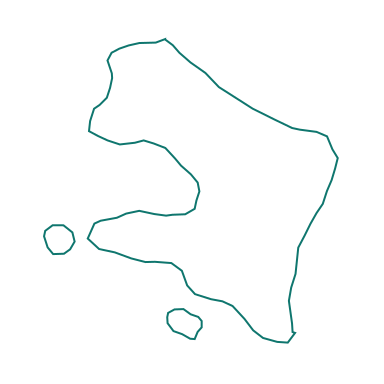 Qazakh District, Qazax, Azerbaijan, rotated 12°
{"feature_id": "54616110B43488292017990", "entity_name": "Qazakh District", "entity_type": "district", "adm_level": 2, "iso_a3": "AZE", "parent_name": "Azerbaijan", "parent_adm1": "Qazax", "projection": "robinson", "projection_center": [45.173, 41.158], "detail": "fine", "context": "isolated", "style": "outline", "palette": "teal", "viewbox_px": 384, "rotation_deg": 12, "n_neighbors": 0, "source": "geoboundaries", "source_scale": "gbopen_adm2", "svg_char_len": 1468}
<svg xmlns="http://www.w3.org/2000/svg" viewBox="0 0 384 384"><g transform="rotate(12 192 192)"><path d="M133.8,48.1L125.5,53.4L109.6,57.2L99.6,61.8L91.1,66.9L84.4,72.5L82.0,80.9L88.9,92.6L90.2,97.2L90.2,107.2L89.1,117.5L83.5,126.1L78.9,130.9L77.6,143.8L78.6,153.9L88.2,156.7L98.7,159.1L111.5,160.5L125.9,155.7L134.0,151.6L144.4,152.5L156.8,154.5L168.4,162.7L175.8,168.5L187.3,175.0L195.6,181.6L199.1,189.9L198.1,199.4L198.1,200.4L198.1,207.9L190.0,215.2L177.7,218.3L171.6,220.5L159.7,221.4L144.3,221.4L132.1,226.8L123.9,232.8L108.6,239.1L103.1,243.2L99.7,259.2L113.0,267.1L129.0,267.1L146.4,269.6L161.0,270.2L170.2,268.0L186.6,265.8L198.5,271.2L206.7,284.4L216.2,291.3L232.9,292.9L244.5,292.6L255.4,295.1L269.7,305.2L280.6,314.6L291.8,320.0L306.5,320.9L317.0,319.4L322.1,308.4L319.5,308.1L317.2,299.8L309.4,278.3L308.9,264.9L310.3,250.6L307.5,224.3L311.2,211.3L314.5,198.4L318.2,186.7L322.4,176.4L323.8,163.0L326.1,151.3L327.1,139.3L327.5,128.5L320.5,121.1L312.5,109.5L301.3,107.3L284.5,108.6L276.6,108.6L257.4,103.9L234.1,97.9L196.5,83.8L180.4,72.8L163.6,65.6L150.8,58.5L142.7,52.4L133.8,48.3L133.8,48.1ZM225.2,335.3L226.6,327.7L229.6,322.4L228.3,316.2L224.1,312.9L216.1,311.9L208.0,308.3L199.3,310.5L193.8,315.2L193.8,319.6L195.4,325.4L202.8,331.9L211.9,333.1L220.7,335.9L225.2,335.3ZM79.6,279.0L84.7,273.4L87.5,264.9L83.4,256.4L73.2,251.3L62.6,253.5L56.5,260.5L56.5,266.1L62.3,276.2L69.1,281.6L79.6,279.0Z" fill="none" stroke="#0f766e" stroke-width="2"/></g></svg>